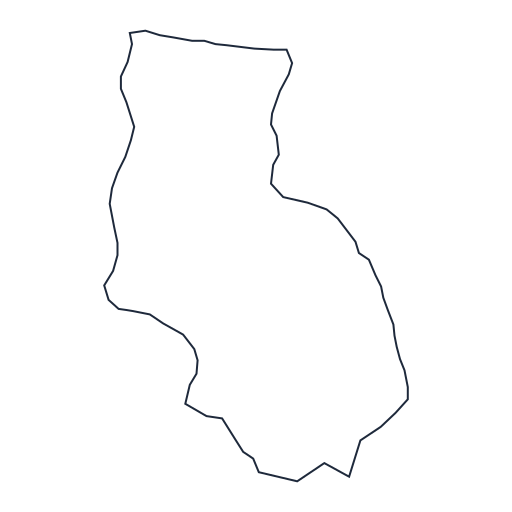 Krini, Cyprus (Albers equal-area conic projection)
{"feature_id": "46923920B47600547023009", "entity_name": "Krini", "entity_type": "district", "adm_level": 2, "iso_a3": "CYP", "parent_name": "Cyprus", "parent_adm1": "", "projection": "albers", "projection_center": [33.246, 35.277], "detail": "fine", "context": "isolated", "style": "outline", "palette": "slate", "viewbox_px": 512, "rotation_deg": 0, "n_neighbors": 0, "source": "geoboundaries", "source_scale": "gbopen_adm2", "svg_char_len": 1069}
<svg xmlns="http://www.w3.org/2000/svg" viewBox="0 0 512 512"><path d="M349.1,476.7L360.4,440.4L380.8,426.8L395.6,412.8L407.8,399.3L407.8,387.1L404.5,370.3L400.0,359.1L396.7,346.8L394.5,335.7L393.4,324.5L387.8,310.0L383.3,297.7L381.1,286.5L375.5,275.3L368.9,259.7L358.9,253.0L355.5,241.8L337.7,218.4L326.6,209.4L307.7,202.7L283.2,197.1L271.0,183.7L273.2,164.8L278.8,154.7L276.6,135.7L271.0,124.5L272.1,113.4L279.9,91.0L288.8,74.3L292.1,63.1L286.6,49.7L274.3,49.7L254.3,48.6L226.5,45.2L215.4,44.1L204.3,40.8L192.1,40.8L173.2,37.4L159.8,35.2L145.4,30.7L129.8,33.0L132.0,44.1L127.6,62.0L120.9,76.5L120.9,88.8L126.4,102.2L134.2,126.8L130.9,140.2L125.3,156.9L117.5,172.6L112.0,188.2L109.7,203.8L114.2,227.3L117.5,242.9L117.5,255.2L113.1,270.9L104.2,285.4L108.6,299.9L118.6,308.9L126.4,310.0L133.1,311.1L144.2,313.3L149.8,314.4L163.1,323.4L183.1,334.6L194.3,349.1L197.6,360.3L196.5,373.7L189.8,384.8L185.3,403.8L206.5,416.1L222.1,418.4L235.4,439.6L243.2,451.9L253.2,458.6L258.8,472.2L297.2,481.3L324.3,463.1L349.1,476.7Z" fill="none" stroke="#1e293b" stroke-width="2"/></svg>